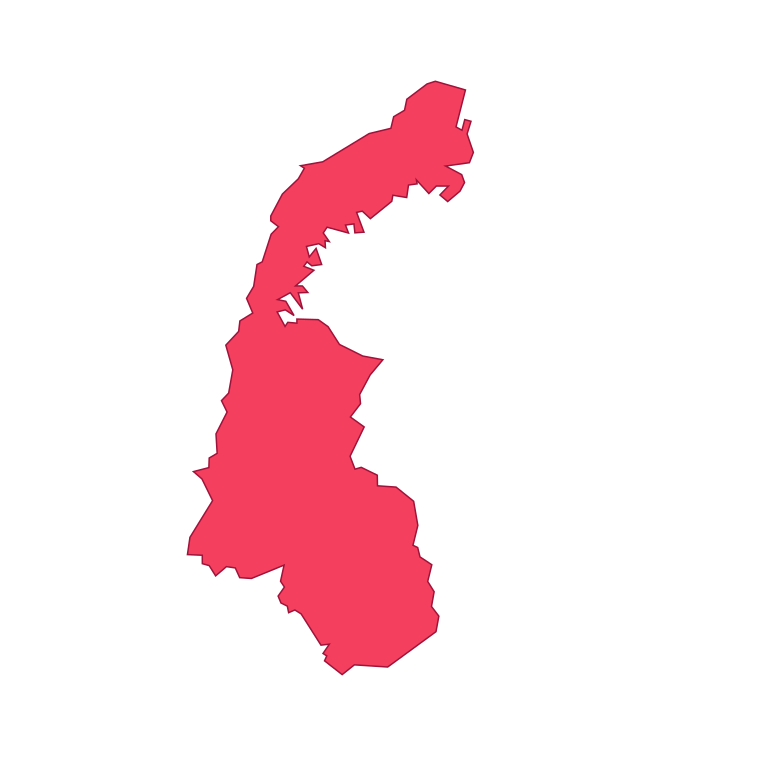 Tsoelikana, Qacha's Nek, Lesotho, rotated 137°
{"feature_id": "5366337B78317491468351", "entity_name": "Tsoelikana", "entity_type": "district", "adm_level": 2, "iso_a3": "LSO", "parent_name": "Lesotho", "parent_adm1": "Qacha's Nek", "projection": "robinson", "projection_center": [28.859, -29.907], "detail": "medium", "context": "isolated", "style": "filled", "palette": "rose", "viewbox_px": 768, "rotation_deg": 137, "n_neighbors": 0, "source": "geoboundaries", "source_scale": "gbopen_adm2", "svg_char_len": 1971}
<svg xmlns="http://www.w3.org/2000/svg" viewBox="0 0 768 768"><g transform="rotate(137 384 384)"><path d="M123.9,543.5L140.0,570.4L147.9,574.1L173.1,576.7L182.3,570.2L194.6,572.9L204.6,566.3L224.1,577.3L277.3,588.3L296.2,600.6L295.1,596.1L306.7,592.5L328.8,592.2L352.2,584.1L355.5,580.6L353.9,571.0L364.4,570.5L389.7,556.4L395.4,558.0L412.7,544.3L426.1,540.4L431.6,525.4L446.4,528.4L454.4,521.6L473.2,520.3L484.9,497.5L503.8,483.3L514.2,482.7L517.9,470.5L540.9,462.1L553.3,447.1L562.3,449.1L569.1,442.3L583.1,449.9L581.9,438.7L588.9,415.6L630.5,404.2L644.1,393.3L633.7,382.7L639.4,376.5L635.7,370.4L638.0,358.5L623.8,357.9L618.2,350.9L621.6,340.8L613.6,332.2L580.6,319.7L594.2,310.3L595.3,303.4L606.1,301.1L608.7,294.1L606.2,287.5L609.7,281.8L603.3,279.5L601.4,272.4L608.2,236.0L601.4,231.0L612.4,228.5L611.3,224.2L616.3,222.1L612.8,200.0L597.2,198.8L574.3,174.5L514.9,167.4L502.2,176.8L501.0,188.9L489.0,197.9L486.7,209.8L472.3,219.2L475.6,233.0L470.9,241.4L472.8,246.3L455.7,257.5L442.3,278.0L445.5,300.4L458.2,314.0L451.1,321.9L457.5,338.6L463.3,341.5L458.1,354.3L427.8,366.1L431.1,382.8L414.6,385.6L409.0,392.9L387.9,400.1L368.3,402.5L380.5,419.0L389.6,443.3L385.8,464.1L388.2,475.9L403.4,490.9L406.2,487.9L412.3,494.7L417.1,493.6L413.0,509.6L405.6,505.5L403.1,495.4L399.4,511.5L404.3,518.3L390.3,514.7L392.5,494.2L384.5,509.1L377.3,502.9L376.8,511.3L381.8,516.1L357.7,515.0L362.4,524.8L357.0,525.8L356.2,519.7L348.1,513.9L341.2,529.5L352.0,527.9L346.9,537.5L336.0,531.1L333.9,523.6L329.4,529.0L326.9,525.5L325.4,535.9L318.7,537.5L307.0,518.6L303.8,526.5L296.8,521.6L302.2,514.4L295.1,508.7L287.0,528.2L282.0,525.2L281.2,514.2L253.7,512.3L248.8,516.0L240.2,504.9L230.4,512.8L223.3,507.8L221.1,511.2L221.3,492.7L210.7,493.1L201.9,484.8L214.2,484.1L213.0,474.0L196.9,473.2L187.7,476.4L184.4,484.1L190.3,501.4L170.6,487.6L160.7,492.4L152.7,510.2L141.2,516.8L144.6,522.3L153.9,516.4L156.0,522.9L123.9,543.5Z" fill="#f43f5e" stroke="#9f1239" stroke-width="1.5"/></g></svg>